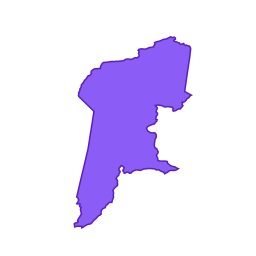 outline of Senador Pompeu, Ceará, Brazil, rotated 244°
{"feature_id": "56859067B61767326792453", "entity_name": "Senador Pompeu", "entity_type": "district", "adm_level": 2, "iso_a3": "BRA", "parent_name": "Brazil", "parent_adm1": "Ceará", "projection": "equal_earth", "projection_center": [-39.469, -5.578], "detail": "fine", "context": "isolated", "style": "filled", "palette": "violet", "viewbox_px": 256, "rotation_deg": 244, "n_neighbors": 0, "source": "geoboundaries", "source_scale": "gbopen_adm2", "svg_char_len": 3945}
<svg xmlns="http://www.w3.org/2000/svg" viewBox="0 0 256 256"><g transform="rotate(244 128 128)"><path d="M189.3,209.5L189.9,207.4L191.2,206.4L191.3,204.7L191.2,202.9L191.2,201.3L191.7,199.9L192.1,198.6L192.2,197.3L192.1,195.8L192.3,194.3L192.8,192.5L193.0,191.0L193.1,189.3L191.5,189.0L190.9,187.7L189.7,186.6L190.1,185.3L190.3,184.0L191.0,182.4L191.0,180.3L191.2,178.4L192.2,176.5L193.1,175.1L193.7,173.4L193.9,172.1L193.3,171.1L192.3,171.6L191.4,171.1L190.3,170.1L189.2,170.1L188.1,169.8L187.3,168.7L187.2,166.7L188.1,165.2L188.1,163.8L188.1,162.1L188.4,160.7L189.3,159.4L190.3,157.6L190.8,155.6L190.4,153.6L190.9,152.0L191.7,150.2L192.3,148.1L193.2,146.6L193.6,145.1L194.9,142.6L195.4,141.1L195.8,139.8L196.3,138.2L196.9,136.5L197.7,134.5L197.2,133.0L196.4,131.7L195.5,130.5L194.5,129.8L193.6,129.2L194.2,128.0L194.8,126.3L195.4,125.1L195.8,123.8L195.8,122.5L195.6,120.9L194.9,119.6L194.1,119.1L193.0,119.1L192.6,117.9L191.9,116.7L192.4,115.0L191.4,113.3L190.6,112.3L190.3,110.9L189.5,109.2L188.3,107.5L187.6,105.9L187.0,104.7L186.0,104.4L185.0,103.4L184.2,101.9L182.9,101.2L182.0,100.1L181.4,99.1L180.3,98.8L179.2,97.8L177.8,97.6L163.1,102.9L157.9,104.7L147.4,97.4L133.3,87.5L128.5,84.2L126.2,82.5L108.7,68.2L107.8,67.4L91.6,54.2L88.4,51.6L87.6,52.4L86.1,52.1L84.9,52.1L83.7,50.8L82.4,48.7L81.5,49.9L81.3,51.4L80.3,51.5L79.3,50.3L78.3,50.2L77.2,51.2L76.2,50.0L75.3,49.4L73.6,49.1L72.2,48.6L71.2,48.6L70.4,47.2L69.4,45.7L68.6,44.4L67.9,43.1L66.7,42.0L65.5,42.0L65.3,40.6L65.7,39.2L65.5,37.7L63.9,37.2L62.5,36.7L62.0,39.2L61.1,40.9L60.5,42.1L59.8,43.4L58.6,42.7L58.5,44.2L58.9,45.7L59.0,48.7L58.9,50.1L58.3,51.9L58.6,54.0L59.8,56.2L60.9,60.3L61.7,61.9L62.0,63.3L62.0,64.7L62.4,66.3L63.5,66.5L65.5,67.7L66.6,70.2L66.4,72.5L67.3,73.5L68.1,74.3L68.3,76.1L69.2,77.7L69.0,79.1L68.3,80.9L69.2,81.7L70.7,82.9L71.9,84.5L72.9,85.0L74.2,85.4L75.8,86.5L77.4,87.0L78.4,87.0L79.2,88.2L79.9,89.4L80.6,91.9L81.0,93.4L82.2,94.1L83.3,94.4L84.8,95.3L85.8,95.5L87.6,95.1L88.7,96.3L89.2,97.7L89.7,99.1L91.0,100.0L91.5,101.1L92.5,101.9L93.9,101.6L94.9,101.6L95.9,102.7L96.5,104.2L97.1,105.3L96.5,106.3L95.3,106.7L94.1,107.1L92.9,106.2L92.3,104.8L91.2,104.6L89.9,105.1L89.0,104.8L88.7,106.0L88.8,107.5L88.3,108.8L86.6,109.5L86.2,111.2L86.9,112.5L87.0,114.8L86.7,117.2L85.7,118.8L84.5,120.4L84.3,122.3L84.4,123.7L84.0,124.8L83.4,126.3L82.7,128.5L81.3,131.1L80.2,133.1L79.3,134.3L78.1,134.9L77.6,135.9L77.0,137.2L75.8,138.0L73.9,139.4L72.6,140.8L70.8,140.8L70.9,143.2L71.1,145.3L71.4,146.5L71.2,148.1L70.5,149.1L69.4,151.3L69.1,153.7L69.4,155.4L70.7,154.2L72.2,153.3L73.4,152.0L74.3,150.8L75.3,149.9L76.3,149.3L77.2,148.9L78.8,148.2L80.7,148.6L81.9,147.0L83.1,144.6L84.3,142.2L85.6,140.7L87.2,141.2L88.6,141.6L89.8,141.4L91.3,141.7L92.2,143.6L93.2,144.7L94.6,144.6L96.4,144.8L97.7,144.1L98.9,143.6L100.4,143.8L101.6,144.5L102.6,145.0L104.2,146.2L105.6,146.9L106.4,148.1L107.4,149.4L109.5,150.4L110.9,150.3L112.0,149.9L112.5,148.7L113.4,146.8L114.2,146.0L115.4,145.3L116.4,144.5L118.3,144.4L119.7,144.5L120.3,145.5L120.8,146.9L120.7,148.3L120.6,149.8L120.5,151.7L120.1,153.7L120.9,154.9L121.5,156.7L122.6,157.9L123.5,156.8L124.9,157.5L126.2,158.6L126.9,160.1L128.4,161.1L129.6,160.4L130.7,160.8L131.6,161.5L132.4,162.5L133.3,163.2L134.4,162.8L135.4,162.5L136.3,162.4L135.9,163.9L135.2,165.5L134.4,166.7L133.7,167.6L133.0,168.6L131.8,169.3L130.6,170.5L130.0,172.6L129.3,173.9L128.3,175.4L127.0,177.0L125.7,177.2L124.7,176.1L123.3,176.1L122.7,178.5L123.0,180.2L123.0,181.6L122.2,183.4L123.2,185.6L123.9,187.2L125.4,186.9L126.4,187.9L127.4,187.8L126.9,189.1L126.8,190.5L127.5,192.4L128.5,193.9L128.6,196.1L129.6,197.6L129.7,199.4L135.9,194.9L152.1,205.9L164.0,214.1L171.6,219.0L172.8,219.3L173.8,219.3L174.8,219.0L175.9,217.5L176.9,216.9L177.4,215.2L178.4,215.0L179.6,215.1L179.8,213.2L180.3,211.6L181.9,211.5L182.8,210.4L183.8,209.7L184.8,208.4L186.3,207.3L186.9,208.3L187.1,209.6L188.1,210.0L189.3,209.5Z" fill="#8b5cf6" stroke="#5b21b6" stroke-width="1.5"/></g></svg>